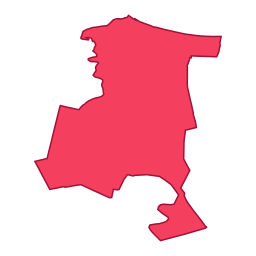 the district of Viļāni, Vilanu, Latvia
{"feature_id": "27541924B14325871037870", "entity_name": "Viļāni", "entity_type": "district", "adm_level": 2, "iso_a3": "LVA", "parent_name": "Latvia", "parent_adm1": "Vilanu", "projection": "equal_earth", "projection_center": [26.926, 56.548], "detail": "fine", "context": "isolated", "style": "filled", "palette": "rose", "viewbox_px": 256, "rotation_deg": 0, "n_neighbors": 0, "source": "geoboundaries", "source_scale": "gbopen_adm2", "svg_char_len": 3289}
<svg xmlns="http://www.w3.org/2000/svg" viewBox="0 0 256 256"><path d="M202.6,222.4L202.5,222.2L196.5,214.4L193.1,210.1L191.1,207.3L189.7,205.4L188.4,203.6L187.5,202.2L186.8,201.1L186.1,199.9L185.4,198.5L184.3,196.0L184.5,193.0L180.7,188.1L187.5,174.9L188.3,173.3L189.8,170.4L187.3,165.9L183.7,159.0L184.0,141.8L184.4,138.1L185.5,130.2L196.3,127.5L195.8,123.9L195.4,121.5L193.6,115.6L193.3,114.4L193.4,113.0L192.7,110.5L191.8,106.0L190.2,99.4L188.5,91.6L187.5,87.5L187.4,86.6L187.3,85.3L187.3,83.2L187.4,66.2L187.3,65.8L187.1,65.3L188.2,63.6L188.7,61.5L189.4,60.1L189.4,59.9L189.8,58.7L189.8,57.7L191.2,57.8L191.3,56.0L191.3,55.9L196.4,56.1L198.1,56.2L198.7,56.2L216.7,56.8L218.7,52.2L220.2,45.3L220.0,45.1L220.0,42.1L220.2,41.4L220.6,39.1L221.1,36.4L213.3,36.5L205.9,36.3L200.9,36.0L195.2,35.4L185.6,34.1L181.1,33.2L177.0,32.3L163.3,29.2L156.9,27.4L153.1,26.8L151.8,26.1L143.5,23.1L141.6,22.3L140.6,22.2L134.2,18.2L135.5,19.9L134.0,19.4L132.9,18.5L130.5,16.8L128.5,15.4L128.2,15.9L127.5,16.9L127.1,17.3L126.1,17.6L124.9,17.7L123.6,18.4L121.1,19.0L119.7,18.8L118.3,18.7L117.2,18.7L116.2,18.9L115.2,19.2L114.0,19.6L113.2,20.0L112.5,20.6L111.2,22.0L109.4,23.8L108.4,24.5L107.2,25.7L101.4,26.2L100.2,26.5L98.1,26.8L95.8,27.2L93.1,27.4L89.9,28.4L89.1,28.8L86.8,29.4L85.3,30.2L84.2,30.7L83.4,31.2L82.7,32.1L82.3,33.8L81.6,36.1L81.0,37.2L80.9,37.7L80.9,38.2L81.0,38.4L81.1,38.6L81.3,38.7L82.0,39.0L82.4,39.1L82.8,39.1L85.5,39.5L86.3,39.6L87.0,39.8L88.1,39.9L88.6,39.8L88.7,39.6L88.6,39.0L87.1,37.9L86.7,37.7L88.4,37.6L90.1,37.8L91.0,38.1L91.7,38.6L92.0,39.8L92.3,41.0L92.9,41.6L94.2,41.2L95.8,45.0L94.5,47.4L94.4,47.7L94.1,48.6L94.0,49.6L93.8,50.0L93.1,50.8L92.9,50.9L92.9,51.0L94.6,52.4L95.8,53.2L96.7,54.8L96.9,55.9L96.4,56.7L92.3,57.3L89.4,58.3L88.2,58.8L88.3,60.0L90.0,61.2L91.0,61.5L91.7,61.8L92.3,61.6L92.6,61.7L93.2,61.6L94.3,61.7L95.6,61.8L97.6,62.1L98.5,63.0L97.5,64.2L96.5,65.4L96.2,66.1L95.6,67.1L95.7,67.6L95.6,68.3L96.1,69.4L95.8,71.1L94.2,73.2L94.1,73.9L93.5,74.4L93.2,74.9L93.2,75.4L93.7,75.9L94.9,76.8L95.9,77.3L98.1,77.7L100.7,78.6L102.5,79.9L102.8,81.1L102.6,82.3L101.9,83.7L101.7,85.3L102.4,87.4L102.9,88.7L103.2,90.4L103.2,91.7L103.5,92.9L103.7,94.2L102.9,95.2L101.6,96.3L100.3,96.9L98.4,97.4L96.3,97.8L94.0,98.5L91.4,99.6L88.5,101.0L87.4,101.7L86.4,102.5L84.4,104.3L83.1,105.2L82.6,105.3L82.3,105.8L81.3,106.7L79.0,109.6L77.9,109.5L75.1,108.9L72.9,108.4L69.6,107.7L66.3,107.0L64.9,106.6L62.1,106.0L60.4,105.5L60.0,106.3L60.0,106.5L59.4,108.6L53.2,133.6L50.7,144.1L50.1,146.3L48.0,154.8L47.1,158.5L34.9,161.4L39.7,170.4L49.8,189.4L62.5,186.9L63.2,186.6L65.3,187.2L68.9,186.6L75.9,185.4L78.7,185.0L80.8,184.6L88.8,188.3L89.2,188.5L92.4,190.0L95.9,191.6L96.4,191.8L107.6,196.9L109.8,197.8L111.7,197.5L112.8,192.3L112.9,191.9L113.3,189.4L117.1,189.8L119.0,189.6L123.4,180.6L124.2,179.0L124.4,178.7L125.0,178.1L127.5,174.6L132.6,175.9L133.9,175.7L135.7,175.3L147.0,174.7L159.4,176.4L163.6,179.1L171.0,184.5L175.2,190.1L178.6,195.0L174.0,204.2L170.4,204.7L163.4,204.2L160.4,204.8L158.5,206.7L157.8,209.5L162.5,213.5L168.0,217.2L168.5,219.1L165.9,221.7L159.7,223.6L154.4,224.2L149.9,225.0L148.9,227.4L150.2,229.5L151.1,230.9L153.0,233.0L160.5,240.6L161.0,240.5L186.0,233.8L205.6,228.1L206.6,227.1L204.9,225.6L202.6,222.4Z" fill="#f43f5e" stroke="#9f1239" stroke-width="1.5"/></svg>